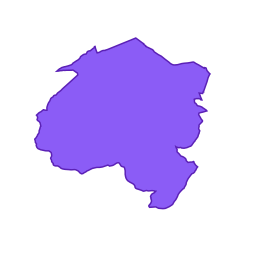 Ubate, Cundinamarca, Colombia, rotated 255°
{"feature_id": "7082276B92428342220208", "entity_name": "Ubate", "entity_type": "district", "adm_level": 2, "iso_a3": "COL", "parent_name": "Colombia", "parent_adm1": "Cundinamarca", "projection": "natural_earth1", "projection_center": [-73.82, 5.317], "detail": "fine", "context": "isolated", "style": "filled", "palette": "violet", "viewbox_px": 256, "rotation_deg": 255, "n_neighbors": 0, "source": "geoboundaries", "source_scale": "gbopen_adm2", "svg_char_len": 5722}
<svg xmlns="http://www.w3.org/2000/svg" viewBox="0 0 256 256"><g transform="rotate(255 128 128)"><path d="M215.3,116.7L214.6,116.6L214.4,116.3L214.0,115.1L212.9,112.7L212.8,112.4L212.5,111.9L212.4,111.7L212.5,110.2L212.5,109.4L212.2,108.5L211.7,108.0L211.2,107.6L210.7,107.1L210.5,106.9L210.3,106.5L210.5,105.3L210.5,104.1L210.2,103.2L209.3,100.9L209.1,100.6L207.9,99.6L207.7,99.3L207.5,99.0L206.8,97.6L206.4,96.4L206.3,95.9L205.7,94.0L205.5,93.6L205.0,91.9L204.8,91.5L204.2,90.9L203.7,89.5L203.5,86.3L203.5,83.1L203.6,82.3L203.5,79.5L202.9,77.8L202.9,77.3L202.3,75.9L201.3,74.0L201.0,75.6L200.9,77.5L200.6,78.8L200.4,80.7L200.0,81.8L199.7,83.5L198.4,88.5L198.3,89.3L198.2,89.7L198.0,90.0L197.4,90.6L195.3,92.3L194.1,93.4L192.2,93.2L188.9,86.8L183.8,76.8L182.7,74.7L181.6,72.9L180.0,69.0L178.7,67.4L178.5,66.8L178.5,66.5L178.6,65.8L178.6,65.2L178.5,64.8L178.1,64.2L177.6,63.9L177.0,62.1L176.7,61.4L176.4,61.0L175.5,60.3L174.8,59.9L172.8,57.7L171.3,56.5L169.1,55.1L167.8,54.7L166.2,54.4L166.3,53.4L166.7,52.6L167.1,51.7L167.4,51.4L167.5,51.0L167.4,50.7L166.2,48.0L166.0,46.7L165.6,45.6L165.4,45.2L165.2,45.2L164.7,44.0L164.1,42.9L163.4,43.3L161.7,43.5L160.8,43.1L159.6,42.3L159.4,42.3L159.2,42.4L158.9,42.7L158.4,42.8L157.9,43.3L157.5,43.7L156.4,44.2L155.8,44.4L152.3,44.3L151.9,43.7L151.6,43.5L150.3,42.8L148.2,41.4L146.7,41.0L146.3,40.7L144.7,38.8L144.0,38.5L143.7,38.1L143.0,37.3L142.6,36.9L142.2,36.5L142.0,36.1L141.9,35.8L141.6,35.3L141.1,35.0L140.8,35.0L139.3,35.1L138.5,34.8L138.3,34.8L137.5,35.0L136.2,35.5L135.6,35.1L134.7,34.8L132.9,35.0L132.2,35.3L131.6,35.6L131.0,36.1L130.6,36.8L129.7,37.8L127.3,42.5L126.4,45.7L125.9,46.0L124.7,47.1L124.2,47.4L123.6,47.4L122.7,47.4L121.0,47.1L120.4,46.8L119.1,45.6L118.9,45.5L118.4,45.4L118.0,45.5L117.4,45.7L116.9,45.8L115.4,45.6L114.3,45.9L113.1,46.6L112.5,46.5L112.1,46.3L111.7,46.4L111.3,46.6L110.8,47.1L110.2,48.0L109.6,50.2L108.7,51.3L108.4,51.4L108.1,51.8L106.4,52.9L106.1,53.3L105.5,54.1L105.0,55.1L104.4,56.4L103.1,60.2L102.6,61.5L102.2,62.8L101.7,65.5L101.4,66.2L101.2,66.7L100.7,67.3L99.8,68.3L99.2,68.9L98.3,69.4L97.3,69.8L95.8,71.2L95.6,72.5L96.1,73.9L96.4,75.3L96.8,76.7L97.0,77.0L97.2,77.5L97.3,78.8L97.8,80.9L98.2,83.2L98.1,86.3L98.0,87.8L97.6,89.2L97.3,90.4L97.1,92.3L97.0,93.3L97.2,96.7L97.4,98.8L97.1,99.3L96.3,100.1L96.0,100.3L95.9,101.8L95.8,103.0L95.9,104.1L96.2,105.3L97.0,107.7L97.1,108.3L97.0,109.6L96.5,110.3L96.1,110.6L93.3,111.4L92.6,111.9L91.2,114.1L90.5,114.3L88.8,114.3L87.1,114.2L86.7,114.0L85.4,113.7L84.0,113.3L81.9,113.1L80.3,113.1L78.8,113.4L77.3,114.0L75.1,115.9L73.7,117.5L73.3,117.8L72.5,118.7L71.4,119.3L70.2,119.6L68.9,119.5L67.9,119.8L67.1,120.6L65.6,123.0L63.8,125.6L63.2,126.2L63.0,126.6L62.9,127.3L62.9,128.3L62.9,129.4L62.8,129.8L62.0,131.3L61.7,132.7L61.6,133.3L61.3,135.1L60.6,136.8L59.8,138.0L59.7,138.4L59.5,138.2L59.0,136.9L58.6,136.5L58.5,136.0L58.2,134.6L58.1,134.2L57.6,133.4L56.4,132.3L55.9,132.0L55.4,132.0L54.9,132.1L54.4,132.2L53.8,131.8L52.5,132.0L51.1,131.7L50.3,131.2L49.7,130.7L48.6,129.4L47.9,128.3L47.7,128.1L47.0,127.9L45.8,128.3L44.9,132.9L44.7,134.0L44.4,134.7L43.4,135.7L42.5,136.9L41.1,140.8L40.8,142.3L40.7,143.3L40.8,144.2L41.4,147.7L42.2,150.2L42.7,151.4L44.2,152.8L45.3,154.0L45.8,154.8L46.6,155.8L48.3,157.4L49.5,158.4L50.3,158.9L50.9,159.4L52.1,160.8L53.1,162.2L54.4,164.4L54.9,165.2L55.1,166.3L56.9,167.8L57.3,168.4L58.6,169.5L60.4,170.3L61.0,170.8L62.3,171.9L63.2,172.7L63.8,173.3L66.3,176.5L67.3,177.9L67.4,179.1L67.6,179.8L68.3,181.0L69.1,181.5L69.2,181.8L69.7,182.5L71.6,184.1L72.0,184.6L72.4,185.2L73.3,184.6L74.3,183.9L75.5,183.4L77.4,182.8L78.0,182.9L78.5,182.8L78.7,182.6L78.7,182.3L78.5,181.7L78.5,181.2L79.0,179.1L79.2,177.1L81.0,176.0L81.4,175.8L82.5,175.9L83.1,175.8L83.7,175.6L85.5,174.2L86.5,173.0L86.8,172.3L87.1,172.0L88.6,171.2L90.0,170.6L92.1,169.3L92.5,169.3L93.0,169.3L94.1,169.8L94.9,169.9L96.1,169.5L96.9,169.4L97.5,169.4L96.9,169.9L96.6,170.6L96.4,170.9L96.2,171.3L95.8,171.9L95.6,173.5L95.5,174.0L94.8,174.6L94.6,175.1L94.0,176.8L93.9,177.7L93.8,179.9L94.2,182.8L94.2,183.9L94.4,184.2L94.7,184.9L97.3,188.0L98.0,189.2L98.9,189.9L99.1,190.2L99.3,190.6L100.1,191.5L101.0,192.7L101.5,193.2L102.1,193.6L103.7,194.5L103.9,194.6L104.1,195.1L104.5,195.3L104.9,195.4L106.4,196.4L107.0,196.6L108.2,196.1L109.0,196.1L109.9,196.4L110.3,196.6L110.8,197.0L111.8,197.1L112.3,197.4L112.7,197.7L113.8,199.5L114.3,200.5L114.8,201.2L115.2,201.6L115.5,201.8L116.0,201.8L117.7,201.0L119.9,200.5L121.7,199.9L123.0,199.8L124.0,200.4L124.1,201.3L124.0,204.6L124.1,208.6L124.9,208.3L125.6,207.7L127.5,206.1L128.0,205.6L129.1,204.8L130.4,203.1L131.2,201.5L131.4,201.1L131.7,200.8L132.2,200.6L133.7,200.1L134.4,199.7L135.1,199.0L136.2,199.0L137.9,199.4L138.6,199.4L138.7,199.9L138.6,200.4L138.7,201.1L138.7,201.5L138.5,202.2L138.3,203.0L138.1,203.8L138.1,204.0L137.2,205.4L136.3,205.7L136.0,206.6L137.4,206.4L137.8,206.4L138.9,206.1L140.1,206.1L143.3,205.8L142.0,209.0L143.3,209.9L143.6,210.1L143.4,210.4L143.8,210.5L152.3,216.3L155.9,218.4L158.8,220.8L159.0,221.2L160.5,220.3L162.9,219.2L164.1,219.0L165.4,219.0L165.7,218.9L166.0,218.6L166.5,217.6L166.1,217.5L165.9,217.2L170.7,212.5L172.9,210.1L174.3,208.9L174.7,208.4L174.9,207.7L175.3,203.0L176.0,199.1L176.3,196.7L176.3,192.5L176.6,190.4L177.1,188.4L178.0,187.0L179.4,185.6L181.1,184.5L184.8,181.6L188.8,178.7L191.0,176.3L194.2,173.5L195.0,172.9L196.0,172.7L197.3,172.0L202.2,166.3L202.5,166.5L202.9,166.2L203.9,165.5L204.9,164.7L205.3,165.0L206.5,163.9L212.9,158.8L209.5,131.7L209.1,128.4L209.0,125.8L208.9,125.8L209.3,124.0L209.3,123.3L209.1,121.9L208.5,119.7L208.6,117.6L209.2,117.5L210.0,117.5L211.2,117.3L212.4,117.3L213.0,117.2L215.2,117.3L215.3,117.3L215.3,117.1L215.3,116.7Z" fill="#8b5cf6" stroke="#5b21b6" stroke-width="1.5"/></g></svg>